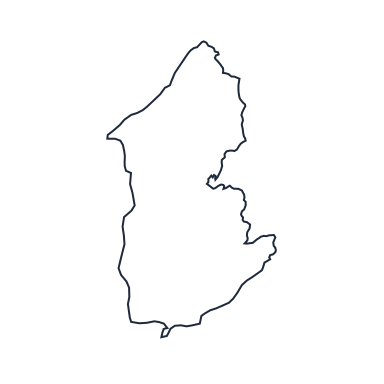 Tuaran, Sabah, Malaysia, rotated 196°
{"feature_id": "92858781B39347348981518", "entity_name": "Tuaran", "entity_type": "district", "adm_level": 2, "iso_a3": "MYS", "parent_name": "Malaysia", "parent_adm1": "Sabah", "projection": "robinson", "projection_center": [116.289, 6.066], "detail": "fine", "context": "isolated", "style": "outline", "palette": "slate", "viewbox_px": 384, "rotation_deg": 196, "n_neighbors": 0, "source": "geoboundaries", "source_scale": "gbopen_adm2", "svg_char_len": 2631}
<svg xmlns="http://www.w3.org/2000/svg" viewBox="0 0 384 384"><g transform="rotate(196 192 192)"><path d="M246.7,284.9L249.5,277.2L258.6,261.8L262.0,257.0L266.5,252.8L271.7,249.4L276.9,242.9L279.9,236.4L285.1,228.5L288.7,223.7L288.1,219.9L280.5,222.0L275.0,221.6L271.4,218.2L268.6,213.0L266.5,208.2L265.0,202.1L263.8,198.3L261.3,194.2L255.9,193.5L253.7,182.5L248.9,174.6L243.4,163.3L245.2,157.1L250.4,149.2L249.2,139.6L245.5,131.4L242.5,123.2L242.2,112.5L241.6,98.5L237.3,92.7L230.3,87.9L226.1,82.7L223.3,73.8L222.7,66.6L217.2,54.2L214.7,50.4L206.4,51.3L199.4,53.8L192.6,57.3L187.9,57.9L182.7,57.7L178.2,54.4L180.3,53.3L181.0,52.8L181.5,52.4L181.4,52.2L181.7,49.1L181.4,44.0L176.5,46.7L175.6,50.8L175.0,54.6L171.6,58.7L165.9,60.8L160.1,61.4L155.2,63.8L148.2,67.6L148.5,71.1L148.8,75.5L146.1,78.9L141.8,83.4L136.7,86.8L126.0,95.7L123.0,100.9L120.6,107.7L118.4,116.3L114.8,122.1L110.2,127.3L106.9,131.4L103.2,136.2L102.9,139.6L102.9,144.1L98.3,148.9L99.8,150.5L99.4,153.0L97.0,154.3L95.3,157.1L95.3,158.9L96.5,161.3L98.6,162.8L100.0,165.9L99.4,171.4L101.5,173.2L106.4,171.4L108.1,170.1L111.0,169.6L113.6,167.9L114.9,166.1L116.5,164.4L119.6,159.8L121.9,158.9L124.7,157.6L127.2,157.1L125.5,160.6L125.6,162.6L127.2,165.3L127.8,168.5L126.6,172.9L127.2,176.7L131.1,178.2L133.8,177.8L135.6,179.1L136.0,181.7L137.5,182.6L138.7,183.9L138.7,187.2L137.1,189.6L136.7,194.0L137.7,197.3L140.0,198.6L140.0,201.0L141.2,203.9L142.4,205.0L144.5,207.2L148.0,207.8L150.2,207.4L152.7,206.7L155.0,207.2L157.4,208.5L158.9,207.0L160.1,205.4L162.6,203.7L162.6,206.5L163.8,207.4L166.1,207.2L168.5,205.0L169.6,203.5L171.0,201.9L172.5,201.0L175.9,202.4L179.9,203.9L179.0,206.1L179.9,209.2L179.0,210.5L178.0,213.1L176.1,211.8L175.5,214.4L173.7,213.8L173.5,211.6L172.9,210.3L171.6,213.3L170.8,217.3L170.2,221.2L170.2,225.4L171.6,228.5L172.2,231.1L170.0,234.4L171.2,237.5L170.0,240.6L167.3,242.1L164.4,243.0L162.6,243.0L160.5,245.2L159.7,248.5L158.5,251.8L156.8,254.0L154.6,256.1L155.6,258.1L157.4,259.7L158.9,262.5L160.7,266.7L162.8,270.6L162.8,275.0L164.0,277.4L165.7,279.4L165.7,282.5L165.0,286.7L164.4,289.3L165.2,290.8L167.5,291.9L169.2,293.0L171.8,295.0L173.1,297.2L174.7,300.7L175.7,303.6L176.8,307.5L177.6,314.0L177.9,314.0L182.9,314.6L186.0,313.9L189.5,315.4L192.4,315.4L195.1,315.0L195.5,317.6L196.5,319.8L198.2,320.9L199.0,321.8L203.5,324.9L206.0,326.2L207.0,327.3L206.6,329.9L204.3,331.5L205.4,333.4L208.8,333.4L210.5,336.1L213.6,337.0L216.5,337.0L219.5,339.6L222.2,340.0L223.9,338.7L227.0,332.6L230.0,330.8L232.5,327.5L234.2,323.6L241.3,301.8L242.4,292.4L242.6,288.6L245.3,286.0L246.7,284.9Z" fill="none" stroke="#1e293b" stroke-width="2"/></g></svg>